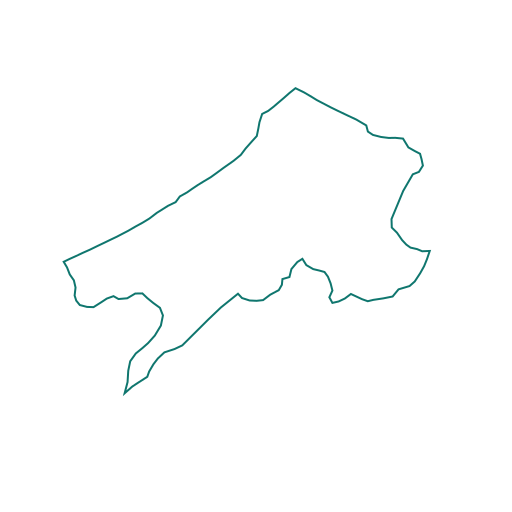 Barra Velha, Santa Catarina, Brazil (Robinson projection), rotated 227°
{"feature_id": "56859067B48185053064222", "entity_name": "Barra Velha", "entity_type": "district", "adm_level": 2, "iso_a3": "BRA", "parent_name": "Brazil", "parent_adm1": "Santa Catarina", "projection": "robinson", "projection_center": [-48.728, -26.649], "detail": "fine", "context": "isolated", "style": "outline", "palette": "teal", "viewbox_px": 512, "rotation_deg": 227, "n_neighbors": 0, "source": "geoboundaries", "source_scale": "gbopen_adm2", "svg_char_len": 1917}
<svg xmlns="http://www.w3.org/2000/svg" viewBox="0 0 512 512"><g transform="rotate(227 256 256)"><path d="M245.2,66.3L244.9,76.5L243.8,83.0L241.8,94.1L244.4,99.1L246.8,107.2L248.0,114.4L248.0,123.3L243.5,133.0L240.9,141.1L242.1,177.8L242.3,195.2L240.7,217.1L234.8,217.1L227.8,221.0L222.8,225.9L218.9,231.1L218.0,240.0L215.5,249.4L217.3,255.3L221.1,259.6L217.8,266.1L222.3,273.0L223.4,282.1L222.3,288.0L215.0,286.6L207.4,288.9L202.3,292.3L197.6,295.2L191.8,294.5L185.1,291.9L178.6,288.3L175.8,281.5L169.6,279.9L166.4,285.4L164.3,292.0L163.5,299.5L152.1,304.1L146.7,306.9L143.9,311.9L138.2,320.2L133.2,328.3L134.4,337.5L129.3,347.8L129.1,354.7L131.4,364.2L133.9,372.0L137.1,378.9L141.2,386.5L146.1,380.8L151.2,378.5L156.8,374.7L161.8,373.7L168.0,373.7L176.9,375.0L184.2,374.7L190.6,380.3L203.2,408.0L208.8,426.4L206.4,432.5L208.3,439.7L213.9,443.1L218.9,445.7L224.2,443.8L231.5,441.5L241.6,443.6L247.5,438.4L251.8,433.6L257.8,428.6L264.8,424.1L270.7,422.7L276.3,425.7L287.4,422.4L296.1,418.9L306.5,414.8L314.1,411.9L328.6,406.8L334.5,405.2L342.9,402.7L351.8,399.3L352.4,391.6L352.6,383.9L352.9,377.4L353.2,370.5L353.8,363.9L355.7,357.4L351.5,349.8L347.6,344.6L343.2,338.4L342.6,331.1L341.7,321.7L340.3,313.9L340.9,304.6L342.6,292.3L343.6,283.7L344.5,276.6L346.2,268.7L347.6,261.8L348.7,254.9L349.5,249.1L351.5,240.9L350.2,234.0L352.7,225.9L355.2,212.9L356.1,203.6L357.7,195.8L359.7,188.0L361.6,179.7L363.3,173.6L365.0,167.4L366.9,161.4L369.0,154.6L371.4,147.0L373.9,138.8L376.5,131.3L378.7,124.4L381.0,117.6L382.9,111.4L376.5,110.0L369.5,107.2L362.4,106.2L356.0,102.5L350.8,96.4L346.0,94.1L340.3,93.7L334.0,97.7L329.4,102.3L327.7,111.4L326.6,117.9L323.8,124.4L318.3,126.1L312.9,133.0L310.9,142.1L306.1,147.4L299.3,147.8L291.9,148.8L283.6,150.4L276.0,147.4L270.0,139.0L266.8,127.7L265.9,117.6L266.1,110.4L266.7,101.6L264.8,92.2L259.2,84.3L251.4,76.1L245.2,66.3Z" fill="none" stroke="#0f766e" stroke-width="2"/></g></svg>